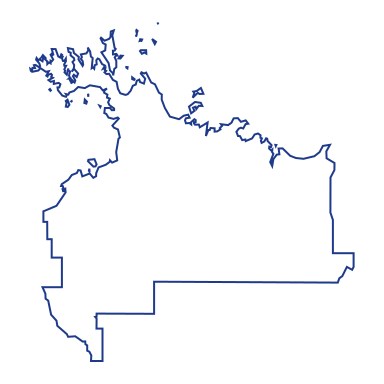 outline of West Arnhem, Northern Territory, Australia
{"feature_id": "25037944B28082311396997", "entity_name": "West Arnhem", "entity_type": "district", "adm_level": 2, "iso_a3": "AUS", "parent_name": "Australia", "parent_adm1": "Northern Territory", "projection": "natural_earth1", "projection_center": [132.77, -12.357], "detail": "fine", "context": "isolated", "style": "outline", "palette": "blue", "viewbox_px": 384, "rotation_deg": 0, "n_neighbors": 0, "source": "geoboundaries", "source_scale": "gbopen_adm2", "svg_char_len": 5651}
<svg xmlns="http://www.w3.org/2000/svg" viewBox="0 0 384 384"><path d="M330.0,144.8L322.9,145.9L319.6,152.1L314.4,156.2L303.5,158.8L295.9,158.0L290.2,155.8L282.6,148.4L278.6,148.5L279.4,154.3L276.8,154.6L273.4,159.1L272.2,166.1L270.2,162.1L273.4,153.8L272.1,152.1L272.3,149.6L271.3,150.6L269.1,148.5L269.3,146.6L271.0,147.1L271.6,145.2L267.6,141.0L267.2,138.7L266.1,138.3L264.3,141.5L261.6,142.9L260.9,140.7L261.9,138.4L260.4,137.7L260.5,135.2L258.0,133.5L254.6,134.5L252.1,138.4L245.7,141.1L245.4,139.5L242.2,140.1L240.0,136.1L238.0,136.0L236.4,131.8L238.8,128.6L240.9,127.7L243.2,128.5L245.6,124.1L248.2,123.7L245.7,120.4L240.9,121.8L237.8,118.1L233.6,118.4L231.5,122.7L228.1,125.1L221.0,124.2L222.1,125.8L219.8,128.1L220.5,129.3L217.2,131.4L214.6,131.6L214.6,128.3L210.5,128.0L209.7,130.0L208.4,130.0L205.9,136.0L207.6,122.5L199.8,127.3L198.9,124.6L195.0,124.7L194.0,123.4L194.0,122.1L195.6,122.1L195.7,120.1L194.4,119.2L191.1,122.2L191.2,124.4L189.4,123.0L185.9,123.3L185.0,120.3L185.9,118.3L189.6,117.7L188.2,114.7L183.7,115.7L179.1,119.2L169.9,116.6L164.8,107.8L161.7,99.6L161.8,94.5L158.9,92.6L155.0,84.3L151.2,82.5L146.1,72.6L144.1,73.5L141.5,72.3L140.8,73.5L145.2,78.7L143.9,83.6L140.1,82.1L139.3,79.6L136.7,80.9L135.8,84.5L132.8,85.8L130.7,90.7L127.7,94.2L125.5,94.9L120.3,93.3L117.9,88.7L116.6,81.8L112.9,79.9L109.1,73.8L106.4,74.1L104.5,72.3L106.1,70.9L104.9,70.2L105.4,67.9L103.1,68.8L105.0,65.6L102.1,64.1L99.4,59.3L97.7,58.5L96.3,60.3L96.7,64.4L94.7,65.2L94.2,68.8L92.9,67.4L91.7,68.2L92.7,58.1L90.9,56.5L90.1,51.4L87.8,47.5L88.3,50.4L86.4,53.4L80.9,54.4L81.9,57.1L80.9,58.9L82.6,61.0L83.2,64.6L82.6,65.9L78.5,59.5L78.8,56.9L73.9,53.0L73.1,49.2L67.9,48.1L68.6,51.9L70.7,52.7L70.6,55.4L73.9,58.1L74.4,60.0L72.5,62.0L74.2,65.1L73.8,68.4L71.7,71.6L74.2,69.0L78.1,73.5L76.7,77.0L73.9,74.7L72.9,76.1L75.3,80.5L74.6,82.5L72.1,80.1L72.6,82.3L71.4,82.9L69.7,79.6L70.2,78.4L68.9,78.5L69.9,77.6L69.0,75.4L70.1,71.5L68.5,70.6L68.2,68.5L66.8,74.7L64.5,72.3L65.2,70.7L64.3,69.3L66.1,65.8L64.4,65.8L64.1,64.5L65.9,61.2L65.8,58.6L64.4,60.9L63.0,61.0L62.0,58.4L62.7,56.6L61.1,56.2L62.0,54.8L61.3,54.3L60.1,57.5L58.2,56.4L55.6,49.1L51.7,49.0L53.3,54.5L54.0,54.1L52.7,55.0L51.5,53.9L50.6,54.8L53.2,59.5L51.7,61.4L50.6,60.7L50.6,63.4L49.0,62.4L47.3,64.1L47.2,61.3L44.9,59.1L45.7,58.1L42.9,55.1L42.0,56.5L43.1,58.2L42.5,61.3L40.3,59.8L40.5,58.3L38.4,60.4L36.6,58.0L36.1,59.7L39.3,63.4L40.1,66.1L38.8,67.1L35.5,64.9L33.9,65.2L35.0,68.1L32.5,67.9L32.2,70.2L30.4,68.9L30.8,70.8L32.1,71.8L38.4,70.5L40.4,68.1L45.9,71.8L48.8,71.2L46.3,75.7L47.5,76.5L48.2,74.8L51.0,73.8L52.0,74.9L51.2,76.9L52.9,77.8L48.5,80.1L50.7,81.8L53.9,81.0L53.8,83.9L58.7,82.9L60.4,84.2L59.3,87.4L57.5,87.4L57.9,90.1L62.3,95.6L66.0,96.8L66.8,95.2L66.0,94.1L68.3,94.6L69.4,92.5L73.9,91.0L78.2,87.0L84.8,88.1L89.9,85.3L100.1,87.1L102.8,90.4L107.0,88.5L104.2,90.9L104.1,92.7L107.4,94.6L107.0,97.6L109.8,98.6L108.1,102.3L109.4,105.1L114.1,108.5L114.1,110.1L111.8,110.2L110.0,108.0L104.9,108.0L104.3,113.1L106.3,113.9L108.5,117.6L113.6,118.9L117.8,117.5L118.8,118.6L112.4,125.6L114.0,127.7L118.0,129.5L119.9,137.5L118.5,138.7L116.2,152.1L117.2,160.4L112.1,162.6L110.0,160.3L109.8,161.8L105.7,164.8L98.6,167.4L96.2,173.1L96.1,176.2L93.3,177.8L89.7,173.5L82.3,176.4L80.6,170.5L78.3,170.1L76.9,173.0L71.8,175.0L68.4,179.7L61.7,184.2L61.1,186.0L62.7,186.0L63.5,188.0L62.5,188.9L63.1,191.2L64.8,191.0L64.2,189.7L65.3,188.9L65.6,192.4L56.5,205.8L43.4,211.3L43.4,221.9L47.2,221.9L47.3,239.2L51.7,239.2L51.7,257.6L61.9,257.6L61.9,287.2L42.5,287.2L45.4,293.7L45.6,298.7L48.2,300.6L51.1,314.7L56.5,320.7L57.3,325.8L66.9,334.2L68.1,336.8L75.3,336.3L82.7,341.6L85.2,341.4L85.4,344.2L87.2,345.4L87.2,350.7L89.4,351.7L91.3,355.5L91.0,361.0L102.5,361.0L102.5,328.6L96.5,328.6L96.6,318.6L95.2,316.9L96.6,316.6L96.6,313.6L154.1,313.8L154.1,281.7L337.8,282.6L339.3,278.3L342.3,276.1L346.9,266.9L352.1,269.8L353.6,267.0L353.6,253.2L332.9,253.2L332.9,219.9L330.4,212.6L330.5,177.5L334.4,170.1L334.5,163.0L326.6,158.3L326.3,151.4L330.0,144.8ZM112.9,50.7L114.6,50.6L115.7,48.9L114.6,47.9L112.3,35.3L113.8,30.4L110.8,31.5L110.5,37.0L109.2,38.8L104.6,40.7L101.1,37.7L100.6,38.4L102.9,43.1L105.7,44.5L105.2,50.4L101.4,52.3L108.6,63.1L110.0,70.4L112.9,73.2L113.2,75.4L114.3,68.9L116.3,67.3L116.3,60.9L114.7,57.4L115.9,55.6L117.5,55.6L116.4,53.9L113.0,54.4L112.9,50.7ZM189.0,106.6L191.1,113.3L194.4,110.9L193.0,107.7L195.6,106.7L196.3,109.1L198.8,105.8L202.3,106.0L200.8,102.8L195.0,102.0L189.0,106.6ZM88.0,161.2L93.4,166.6L95.5,166.4L96.6,164.4L94.5,159.2L88.4,159.8L88.0,161.2ZM193.3,91.6L194.3,93.0L192.7,97.7L197.8,92.8L199.5,94.0L203.4,93.8L200.9,88.0L196.7,91.0L193.3,91.6ZM66.6,102.9L65.8,106.6L67.7,107.0L69.4,104.8L67.5,99.7L65.8,101.0L66.6,102.9ZM146.1,50.2L140.7,50.2L140.0,51.1L141.9,53.8L144.4,52.5L146.3,53.6L146.1,50.2ZM152.1,39.0L154.8,44.1L156.0,41.8L152.1,39.0ZM84.4,103.0L86.3,103.6L86.9,101.6L84.8,99.5L84.4,103.0ZM120.5,55.6L118.6,58.4L120.4,58.5L122.6,55.8L120.5,55.6ZM89.6,172.3L89.4,168.7L88.9,170.4L89.6,172.3ZM271.2,163.5L272.5,161.6L272.2,160.5L270.5,162.1L271.2,163.5ZM139.7,40.9L140.6,40.6L141.2,41.0L141.5,40.9L142.1,39.5L140.2,39.2L139.7,40.9ZM132.2,79.1L134.1,79.9L134.6,79.2L132.2,77.3L132.2,79.1ZM49.3,89.6L50.4,90.8L50.9,90.3L50.0,89.0L49.3,89.6ZM136.8,33.3L137.6,30.9L136.5,30.0L136.2,30.8L136.8,33.3ZM136.0,36.7L137.0,34.0L136.1,35.6L136.0,36.7ZM88.0,93.8L88.2,96.8L88.4,94.9L88.0,93.8ZM275.4,144.9L275.8,146.1L276.3,145.0L275.4,144.9ZM127.4,68.4L127.6,67.1L126.3,67.0L126.3,67.6L127.4,68.4ZM99.5,105.7L100.3,107.1L100.7,106.2L99.5,105.7ZM158.7,23.0L157.0,23.7L158.0,23.5L158.7,23.0ZM71.2,101.4L71.9,102.1L71.6,101.1L71.2,101.4Z" fill="none" stroke="#1e3a8a" stroke-width="2"/></svg>